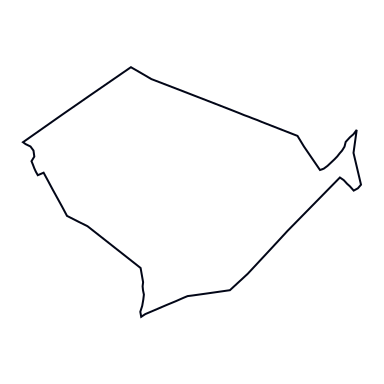 Valente, Bahia, Brazil
{"feature_id": "56859067B76755801477613", "entity_name": "Valente", "entity_type": "district", "adm_level": 2, "iso_a3": "BRA", "parent_name": "Brazil", "parent_adm1": "Bahia", "projection": "equal_earth", "projection_center": [-39.428, -11.383], "detail": "fine", "context": "isolated", "style": "outline", "palette": "ink", "viewbox_px": 384, "rotation_deg": 0, "n_neighbors": 0, "source": "geoboundaries", "source_scale": "gbopen_adm2", "svg_char_len": 1003}
<svg xmlns="http://www.w3.org/2000/svg" viewBox="0 0 384 384"><path d="M356.7,129.9L353.5,134.2L349.9,137.3L345.7,141.9L344.5,146.7L342.0,150.7L339.7,153.3L337.3,156.4L334.5,159.3L330.9,162.7L327.5,165.9L323.7,168.7L320.0,170.0L304.0,146.6L297.5,135.9L261.9,122.0L257.4,120.1L252.5,118.3L248.8,116.8L244.3,115.2L239.7,113.3L232.1,110.3L187.8,93.1L151.4,79.1L141.5,73.3L130.9,67.2L89.4,95.8L62.0,114.8L23.0,142.2L25.6,144.1L30.5,146.5L33.5,150.6L34.3,156.6L31.5,161.2L32.9,164.6L34.3,168.3L35.8,171.6L37.8,175.2L43.6,172.7L47.3,179.5L52.8,189.8L62.0,206.5L67.0,215.9L78.8,221.9L87.5,226.2L140.6,268.0L143.1,282.2L142.6,286.3L143.0,290.2L143.9,294.6L143.3,299.6L142.2,305.9L140.3,311.8L141.2,316.8L145.3,314.1L163.3,306.4L167.3,304.7L175.8,301.2L183.5,297.8L187.6,296.1L192.4,295.5L207.5,293.4L229.9,290.2L247.7,273.8L272.0,247.7L287.6,230.8L339.9,177.5L343.7,180.1L347.1,183.8L349.9,186.3L353.7,190.6L357.9,188.3L361.0,184.7L353.5,152.9L356.7,129.9Z" fill="none" stroke="#020617" stroke-width="2"/></svg>